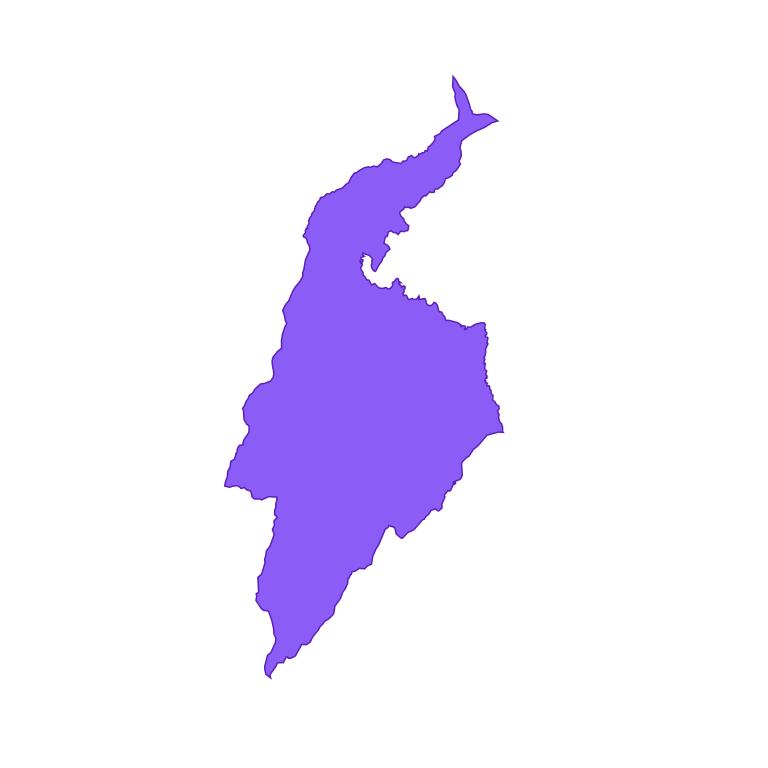 outline of La Cumbre, Valle del Cauca, Colombia, rotated 17°
{"feature_id": "7082276B32711967571175", "entity_name": "La Cumbre", "entity_type": "district", "adm_level": 2, "iso_a3": "COL", "parent_name": "Colombia", "parent_adm1": "Valle del Cauca", "projection": "robinson", "projection_center": [-76.586, 3.705], "detail": "fine", "context": "isolated", "style": "filled", "palette": "violet", "viewbox_px": 768, "rotation_deg": 17, "n_neighbors": 0, "source": "geoboundaries", "source_scale": "gbopen_adm2", "svg_char_len": 6139}
<svg xmlns="http://www.w3.org/2000/svg" viewBox="0 0 768 768"><g transform="rotate(17 384 384)"><path d="M360.2,69.8L362.7,79.6L367.5,85.6L367.8,88.8L372.0,96.0L375.6,99.5L378.0,109.7L365.2,125.2L364.3,128.4L360.1,132.3L360.0,133.0L361.1,134.2L361.1,136.8L358.6,142.7L357.1,144.2L357.3,148.5L355.3,148.6L354.4,151.5L352.9,151.7L351.0,154.0L350.0,153.6L349.9,155.6L347.8,158.2L346.0,158.8L343.6,157.4L340.9,159.8L340.2,163.6L339.5,164.5L337.3,165.1L335.7,168.2L327.3,169.2L324.3,167.7L321.1,167.8L318.2,169.7L316.8,174.2L314.1,178.3L310.1,178.7L307.6,181.0L305.7,180.8L302.0,182.9L297.1,188.0L296.4,189.6L294.1,190.8L292.4,195.3L291.2,202.1L289.3,204.1L286.8,208.9L281.7,212.5L280.6,214.9L278.5,215.2L276.2,218.3L273.7,218.8L271.8,222.5L268.7,224.4L268.9,226.2L267.3,229.7L267.1,232.5L266.4,233.9L266.7,238.7L265.2,242.0L265.5,244.1L264.4,247.0L264.2,250.1L265.5,252.2L264.5,256.1L265.4,257.5L264.1,258.2L264.5,259.0L263.8,260.1L264.7,261.9L263.3,265.8L264.2,266.9L266.4,267.2L267.8,268.2L269.5,271.2L272.2,273.8L273.9,277.3L272.6,288.3L273.9,298.2L273.7,301.5L274.9,304.5L273.6,310.5L270.8,317.2L269.6,322.3L268.6,332.5L266.7,336.6L265.6,343.2L269.2,348.3L271.1,352.3L273.3,354.5L272.5,358.8L272.4,366.3L273.3,372.6L275.6,379.8L272.8,383.7L270.0,390.9L270.2,394.4L271.3,397.6L275.7,406.2L276.0,410.3L274.7,414.3L269.6,418.4L266.0,420.0L262.3,426.1L260.8,431.4L258.5,434.3L258.4,437.5L257.3,440.8L256.9,445.3L255.9,448.9L257.1,449.9L260.6,459.0L264.4,462.6L267.2,463.4L269.0,469.8L266.4,478.0L266.3,481.6L267.2,483.3L263.7,484.9L262.9,487.3L262.8,490.0L263.5,491.6L262.6,494.1L263.1,495.8L262.7,500.0L260.1,502.8L261.1,508.4L260.1,512.9L261.3,518.7L261.0,523.7L261.5,528.2L266.4,527.9L269.8,525.6L273.1,524.3L274.9,524.2L277.9,525.7L280.7,523.8L283.3,525.3L287.5,525.4L289.6,527.9L290.5,530.3L293.6,531.9L298.6,530.3L300.9,530.6L306.6,525.4L314.7,523.5L315.4,526.1L315.6,530.6L316.7,533.7L316.3,536.1L317.6,541.1L320.1,542.0L320.7,542.9L318.8,547.3L320.5,551.2L319.8,555.8L323.0,560.0L322.4,572.1L320.3,578.1L321.3,583.6L321.0,586.0L322.5,590.0L322.6,600.5L322.3,602.0L319.9,605.7L324.7,619.0L324.6,620.7L323.2,621.6L323.1,622.2L324.3,623.9L324.8,628.4L332.4,634.7L335.2,635.7L339.0,634.9L340.4,635.6L345.8,642.8L350.5,651.3L351.8,655.2L355.1,659.0L355.7,663.0L354.4,673.9L351.9,677.4L352.5,689.0L353.4,691.7L356.1,696.3L361.5,698.2L359.9,695.5L363.1,685.9L363.6,681.8L369.2,679.9L370.5,673.4L371.5,673.3L372.8,674.3L375.1,673.5L378.7,670.1L381.5,657.1L386.1,655.9L388.9,652.4L389.7,646.7L393.1,638.5L393.8,634.7L395.4,632.0L396.7,628.3L399.7,624.9L402.4,620.2L403.0,617.7L402.0,610.8L405.1,601.6L405.5,594.3L406.6,592.1L407.5,585.7L406.6,580.9L407.4,579.8L407.5,577.0L408.4,575.5L408.3,572.9L411.1,571.4L414.4,567.5L419.6,566.4L421.1,563.1L424.7,559.8L423.6,552.1L424.6,543.9L425.9,539.3L427.7,522.4L429.7,520.2L429.9,518.1L435.5,518.0L437.2,519.6L439.6,523.9L445.1,526.3L446.7,526.1L450.1,519.3L455.3,514.5L460.6,502.5L462.1,501.5L462.7,498.8L464.9,495.3L465.9,491.2L469.3,488.5L472.7,489.5L473.6,489.2L475.7,485.6L474.4,481.6L475.3,475.1L475.1,473.8L474.4,473.6L474.4,471.9L476.4,467.1L477.9,467.4L478.8,466.2L479.6,460.4L481.5,458.2L481.2,457.6L479.2,458.8L478.9,457.6L484.5,453.0L485.5,450.7L485.4,447.9L481.5,437.7L481.6,435.5L484.3,430.4L486.4,428.1L488.5,420.6L492.0,415.4L497.5,402.8L507.5,396.5L512.1,395.4L511.4,394.9L509.8,390.1L507.8,387.6L505.5,386.1L503.2,382.2L503.0,379.5L500.8,377.4L500.5,376.4L501.4,374.0L500.2,371.5L497.4,370.7L495.7,368.9L492.5,367.4L491.6,363.0L489.7,362.3L488.0,358.6L486.4,357.8L485.7,355.4L485.1,355.0L483.1,355.6L482.5,354.6L482.7,352.9L480.9,353.1L480.6,351.4L479.3,351.5L479.6,349.5L480.8,348.0L479.8,347.4L480.3,346.3L478.5,345.6L478.5,341.7L475.7,339.9L474.9,334.6L473.8,335.2L473.1,334.6L473.3,330.9L471.7,329.7L472.3,328.7L472.3,325.5L470.9,320.4L471.7,315.2L470.5,314.9L470.0,309.8L469.3,309.1L467.3,309.3L466.7,308.7L466.7,307.8L467.6,307.0L467.4,305.1L464.7,303.4L465.4,302.3L464.1,301.7L463.4,297.6L462.1,296.3L458.8,297.1L453.1,300.8L450.5,304.3L447.1,305.0L447.2,306.9L445.3,308.3L444.8,307.7L445.4,306.7L444.6,304.9L441.9,305.4L440.8,306.5L440.4,305.0L436.4,303.8L427.9,304.1L424.5,305.0L422.0,301.5L420.3,300.7L418.6,298.8L417.5,298.3L416.2,298.8L415.1,298.2L411.8,292.9L409.5,291.3L408.1,291.3L406.5,295.0L403.8,295.8L402.3,295.5L400.8,294.3L399.3,291.4L398.0,290.3L392.7,293.0L392.5,290.8L391.6,289.5L390.8,292.5L389.8,293.6L387.2,294.6L385.8,293.9L383.4,296.0L382.2,295.6L379.6,292.8L378.1,292.8L376.7,293.8L375.6,291.3L376.4,289.9L375.6,288.5L376.2,286.2L375.8,285.1L374.7,284.3L373.8,284.5L373.1,286.4L370.8,284.5L369.3,284.4L368.8,283.0L370.7,282.2L367.9,281.4L367.3,279.7L366.3,279.1L365.1,279.5L363.9,282.9L362.4,284.4L363.5,287.8L361.7,291.1L359.9,292.1L358.7,291.3L357.3,291.3L354.7,293.1L350.7,293.6L345.7,290.7L343.1,292.8L339.2,289.1L336.8,289.4L335.3,287.7L332.3,285.8L331.2,283.3L327.9,280.8L328.3,275.9L328.0,275.3L326.3,275.2L325.3,273.7L327.8,273.6L327.8,272.0L327.5,271.4L325.5,271.7L325.1,269.9L327.9,267.6L326.1,267.2L325.7,264.6L327.7,265.3L332.0,265.2L335.9,267.2L336.6,268.1L336.2,269.6L337.2,271.7L337.1,274.1L338.3,276.4L340.8,278.6L342.6,278.9L343.2,278.1L344.1,272.6L345.9,267.3L346.2,263.4L347.3,261.4L347.5,257.6L350.2,253.3L349.0,251.7L346.6,250.2L342.8,249.5L342.3,243.6L344.0,241.7L343.7,237.9L344.5,236.4L346.2,235.4L348.7,236.4L350.9,235.8L353.7,237.0L355.3,233.0L358.9,232.4L359.5,231.3L361.8,230.5L361.9,229.8L361.5,225.6L358.1,224.1L355.4,222.0L354.5,220.1L351.4,218.8L349.2,216.4L349.0,214.7L351.8,210.8L351.9,208.6L354.3,208.6L355.3,207.7L356.3,208.1L357.2,207.5L358.1,208.2L361.7,205.6L365.0,198.2L365.3,195.6L366.7,193.3L368.0,191.7L369.1,191.9L371.3,187.0L373.8,186.9L376.0,185.8L375.5,183.9L376.2,182.4L378.1,182.0L382.0,176.9L382.9,173.1L382.6,169.8L386.2,167.1L388.2,164.4L388.3,161.3L390.1,159.6L391.2,157.1L392.8,151.4L390.8,149.2L391.2,143.5L390.1,140.0L387.5,135.4L387.2,128.5L393.8,119.8L398.5,114.9L405.2,109.1L411.0,102.4L415.9,99.2L404.8,95.8L401.2,96.3L394.1,99.4L389.6,99.9L388.6,97.6L386.3,95.8L384.1,91.9L377.9,83.5L375.0,80.9L368.5,76.9L363.5,72.0L360.2,69.8Z" fill="#8b5cf6" stroke="#5b21b6" stroke-width="1.5"/></g></svg>